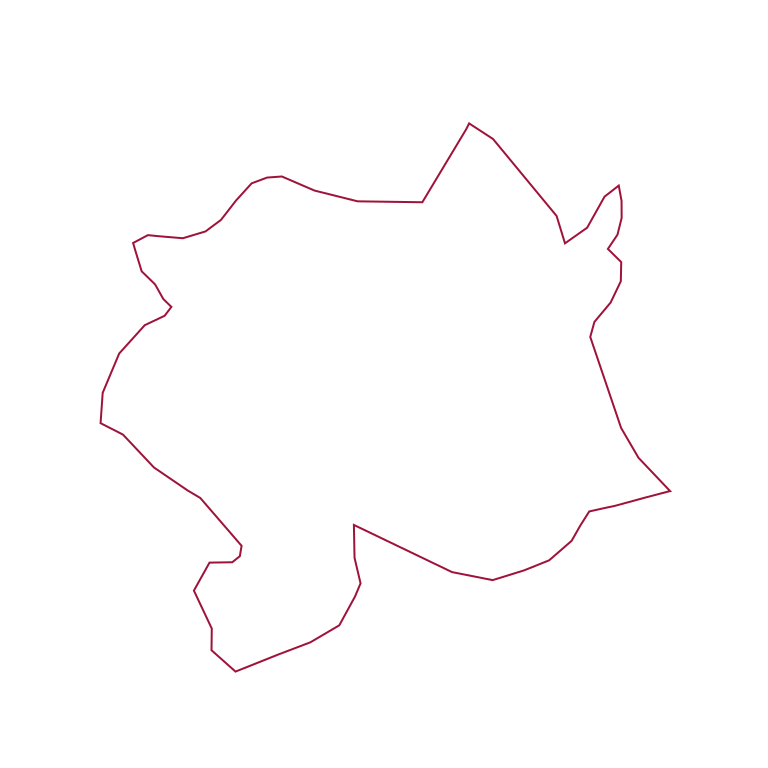 SVG path tracing the border of Conwy, rotated 73°
{"feature_id": "GBR-2129", "entity_name": "Conwy", "entity_type": "Unitary Authority (wales)", "adm_level": 1, "iso_a3": "GBR", "parent_name": "United Kingdom", "parent_adm1": "", "projection": "orthographic", "projection_center": [-3.743, 53.137], "detail": "fine", "context": "isolated", "style": "outline", "palette": "rose", "viewbox_px": 768, "rotation_deg": 73, "n_neighbors": 0, "source": "natural_earth", "source_scale": "10m", "svg_char_len": 1053}
<svg xmlns="http://www.w3.org/2000/svg" viewBox="0 0 768 768"><g transform="rotate(73 384 384)"><path d="M159.7,226.4L181.6,208.1L273.8,169.8L302.4,169.8L293.9,144.0L269.3,118.3L262.9,101.5L278.4,103.3L294.7,108.2L309.5,117.1L320.3,130.4L336.8,121.5L355.0,127.5L372.4,143.5L386.1,164.6L399.3,173.0L495.4,170.1L529.0,162.2L570.1,141.7L569.9,144.5L569.0,167.0L568.0,199.6L567.0,210.5L565.9,225.0L576.8,237.7L588.8,250.4L600.9,277.6L603.2,304.8L603.3,337.5L583.8,373.9L510.0,454.0L541.6,463.0L567.8,464.7L578.7,473.8L601.7,497.3L609.5,530.0L611.8,564.5L615.6,610.1L588.2,626.8L567.5,620.2L526.0,626.2L503.8,603.1L510.1,581.2L506.5,572.2L497.1,567.5L439.3,593.0L428.3,603.0L396.6,628.4L356.1,648.4L338.6,666.5L310.2,655.6L277.4,628.3L257.8,595.6L254.6,573.8L248.1,564.8L238.2,570.2L221.8,573.8L205.4,582.8L185.6,582.8L175.8,582.7L172.6,566.3L177.1,555.5L185.8,533.7L185.9,510.1L179.4,491.9L165.3,471.9L153.4,451.9L152.4,435.5L155.7,421.0L178.7,393.9L201.6,355.8L221.4,294.2L164.4,230.9L159.7,226.4Z" fill="none" stroke="#9f1239" stroke-width="2"/></g></svg>